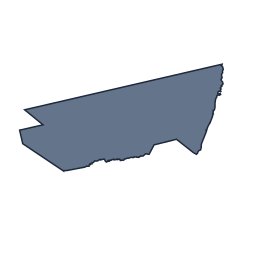 Vanimo/Green River District, Sandaun, Papua New Guinea (Equal Earth projection), rotated 77°
{"feature_id": "67681753B35177268475700", "entity_name": "Vanimo/Green River District", "entity_type": "district", "adm_level": 2, "iso_a3": "PNG", "parent_name": "Papua New Guinea", "parent_adm1": "Sandaun", "projection": "equal_earth", "projection_center": [141.584, -3.431], "detail": "medium", "context": "isolated", "style": "filled", "palette": "slate", "viewbox_px": 256, "rotation_deg": 77, "n_neighbors": 0, "source": "geoboundaries", "source_scale": "gbopen_adm2", "svg_char_len": 1894}
<svg xmlns="http://www.w3.org/2000/svg" viewBox="0 0 256 256"><g transform="rotate(77 128 128)"><path d="M169.0,67.3L168.3,66.0L167.3,65.5L165.9,63.9L165.7,62.2L163.3,61.0L160.1,60.1L149.1,52.5L148.0,51.9L147.2,53.0L147.7,51.9L144.6,49.9L141.0,46.7L140.4,46.6L140.8,46.5L135.8,43.1L133.0,42.0L133.2,41.7L131.8,41.6L130.5,40.9L130.2,40.5L129.9,41.7L130.0,40.2L129.3,39.5L127.1,38.5L123.2,37.6L119.1,35.9L118.0,34.7L116.6,34.2L116.0,32.7L116.6,31.7L116.2,30.2L115.4,30.4L115.2,31.3L115.4,32.4L114.5,32.8L113.1,32.1L112.7,31.4L112.7,30.8L113.6,29.7L113.4,29.3L112.4,29.7L111.2,28.7L110.7,28.6L110.3,29.1L109.4,28.8L108.5,27.2L107.6,27.5L107.3,26.5L106.5,25.5L104.4,25.5L102.7,26.4L101.5,26.4L101.0,25.6L100.3,25.7L100.0,25.0L96.8,24.9L95.5,23.4L93.6,23.1L92.5,22.0L89.7,22.0L88.3,23.0L88.1,22.5L87.0,21.9L87.0,224.6L105.8,210.1L105.7,234.1L119.6,234.1L155.6,200.3L155.1,200.1L155.7,197.2L156.4,178.5L155.8,177.0L156.1,176.6L156.4,174.5L155.5,174.3L155.3,173.3L154.9,173.6L154.4,173.2L154.7,172.2L154.2,171.7L154.5,171.6L154.6,171.2L154.3,171.3L153.6,169.1L152.7,168.1L152.6,167.5L152.9,167.1L153.2,165.5L153.1,164.5L152.2,162.4L152.3,162.2L152.6,162.6L153.0,161.8L152.8,159.3L153.0,158.1L155.6,157.4L156.4,156.5L155.9,155.5L156.1,154.1L155.3,154.4L155.6,152.7L155.4,152.7L155.6,151.4L155.3,151.3L155.2,149.0L155.7,149.1L156.0,148.2L155.9,147.9L156.2,146.8L155.7,146.1L155.9,145.3L156.4,145.3L156.3,143.7L156.6,143.7L156.9,142.8L157.9,142.8L158.1,142.2L158.0,140.8L158.4,139.8L158.1,138.9L157.6,138.7L157.3,137.7L157.6,137.3L157.2,135.5L157.6,134.0L157.3,132.5L157.4,131.1L157.9,129.9L158.0,129.4L157.6,129.1L157.9,128.1L157.7,127.5L157.9,126.6L158.4,126.2L158.6,125.6L158.5,125.1L158.8,124.9L159.0,124.3L158.9,123.6L158.5,123.3L158.6,122.8L158.1,122.2L158.7,119.6L157.1,116.7L158.4,113.4L150.3,106.4L149.9,83.3L166.6,69.9L169.0,67.3Z" fill="#64748b" stroke="#1e293b" stroke-width="1.5"/></g></svg>